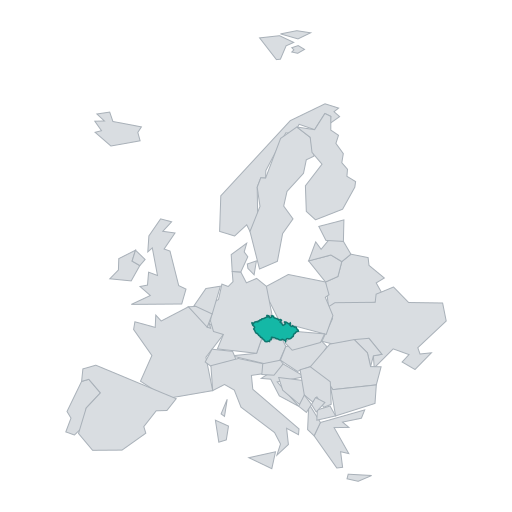 Czechia on a map of Europe (Albers equal-area conic projection)
{"feature_id": "CZE", "entity_name": "Czechia", "entity_type": "country or territory", "adm_level": 0, "iso_a3": "CZE", "parent_name": "Europe", "parent_adm1": "", "projection": "albers", "projection_center": [15.441, 49.807], "detail": "fine", "context": "in_parent", "style": "filled", "palette": "teal", "viewbox_px": 512, "rotation_deg": 0, "n_neighbors": 37, "source": "natural_earth", "source_scale": "50m", "svg_char_len": 10232}
<svg xmlns="http://www.w3.org/2000/svg" viewBox="0 0 512 512"><path d="M259.6,37.9L279.5,35.7L293.7,42.4L286.1,45.8L280.4,59.2L276.4,59.6L259.6,37.9ZM339.6,116.6L330.2,123.3L330.8,116.4L324.9,113.5L314.6,129.7L299.1,124.3L294.0,134.0L285.8,132.8L265.8,170.6L265.6,178.1L260.8,177.8L257.2,187.2L257.7,218.6L250.0,231.5L246.7,224.8L234.6,236.0L219.6,231.4L220.8,195.8L290.3,120.6L325.0,103.8L338.6,108.1L334.0,111.7L339.6,116.6ZM310.6,32.8L298.0,38.9L280.5,33.9L296.8,30.7L310.6,32.8ZM304.5,49.4L297.7,53.3L291.8,52.0L293.9,49.9L291.8,47.7L298.2,45.6L304.5,49.4Z" fill="#d9dde1" stroke="#a8b0b8" stroke-width="1"/><path d="M188.4,306.8L223.4,334.5L205.9,357.2L212.7,390.6L166.9,398.5L140.5,381.2L151.9,355.5L133.6,329.5L134.9,321.8L155.2,327.4L155.8,315.1L161.2,321.0L188.4,306.8ZM221.1,413.9L227.2,399.3L224.5,416.4L221.1,413.9Z" fill="#d9dde1" stroke="#a8b0b8" stroke-width="1"/><path d="M250.0,231.5L260.0,206.4L257.2,187.2L260.8,177.8L265.6,178.1L280.6,138.4L296.8,127.0L310.2,137.3L314.0,156.1L306.3,159.8L303.5,173.3L287.0,191.4L283.7,206.1L293.0,218.9L282.6,233.6L277.4,261.3L259.5,269.0L250.0,231.5Z" fill="#d9dde1" stroke="#a8b0b8" stroke-width="1"/><path d="M350.9,254.2L368.1,257.6L369.0,265.4L384.3,278.0L376.2,282.9L381.5,292.4L375.2,302.3L328.5,306.7L325.5,282.0L337.9,276.5L341.8,261.6L350.9,254.2Z" fill="#d9dde1" stroke="#a8b0b8" stroke-width="1"/><path d="M420.0,354.0L431.4,352.8L415.0,369.5L402.1,362.0L409.0,354.6L393.2,348.9L374.2,367.9L373.4,355.8L381.9,354.3L368.9,338.3L342.5,346.5L321.9,341.3L332.5,318.7L328.5,306.7L334.9,302.7L375.2,302.3L376.1,294.2L393.5,287.0L408.6,302.5L442.6,303.0L446.2,321.0L417.8,347.7L420.0,354.0Z" fill="#d9dde1" stroke="#a8b0b8" stroke-width="1"/><path d="M325.5,282.0L329.0,294.7L325.3,297.3L332.9,315.6L326.2,334.4L279.8,322.0L266.0,294.6L266.4,286.3L288.3,274.5L325.5,282.0Z" fill="#d9dde1" stroke="#a8b0b8" stroke-width="1"/><path d="M285.8,346.5L279.0,362.0L268.8,364.7L231.4,355.8L256.6,353.3L261.8,338.4L282.3,339.5L285.8,346.5Z" fill="#d9dde1" stroke="#a8b0b8" stroke-width="1"/><path d="M321.9,341.3L326.9,346.7L316.1,364.4L297.4,371.4L280.4,360.2L285.8,346.5L321.9,341.3Z" fill="#d9dde1" stroke="#a8b0b8" stroke-width="1"/><path d="M354.2,339.6L368.9,338.3L381.9,354.3L373.4,355.8L370.6,366.6L367.4,352.8L354.2,339.6Z" fill="#d9dde1" stroke="#a8b0b8" stroke-width="1"/><path d="M370.6,366.6L381.1,366.8L376.3,384.9L332.9,389.6L310.3,366.8L329.8,344.1L354.2,339.6L367.4,352.8L370.6,366.6Z" fill="#d9dde1" stroke="#a8b0b8" stroke-width="1"/><path d="M341.8,261.6L337.9,276.5L325.5,282.0L308.6,260.9L330.9,255.0L341.8,261.6Z" fill="#d9dde1" stroke="#a8b0b8" stroke-width="1"/><path d="M343.4,241.4L350.9,254.2L341.8,261.6L330.9,255.0L308.6,260.9L315.7,241.9L321.1,249.3L330.5,237.9L343.4,241.4Z" fill="#d9dde1" stroke="#a8b0b8" stroke-width="1"/><path d="M343.9,219.9L343.4,241.4L325.9,240.4L318.8,226.4L343.9,219.9Z" fill="#d9dde1" stroke="#a8b0b8" stroke-width="1"/><path d="M266.4,286.3L272.0,314.7L252.9,323.2L261.8,338.4L256.6,353.3L217.4,348.9L223.4,334.5L213.5,331.5L210.5,321.1L212.5,302.8L218.5,299.5L221.9,284.1L228.2,286.5L233.0,281.7L232.2,271.5L240.8,272.0L246.4,282.8L256.6,278.4L266.4,286.3Z" fill="#d9dde1" stroke="#a8b0b8" stroke-width="1"/><path d="M330.3,385.5L332.9,389.6L376.3,384.9L375.0,403.4L335.6,415.9L330.3,385.5Z" fill="#d9dde1" stroke="#a8b0b8" stroke-width="1"/><path d="M371.6,475.5L358.2,481.3L347.0,478.8L348.2,474.2L371.6,475.5ZM320.4,422.5L364.7,409.9L361.4,418.2L342.5,422.1L348.9,427.4L334.1,427.6L348.8,453.6L340.6,451.7L342.6,467.3L336.8,468.0L314.1,435.8L320.4,422.5Z" fill="#d9dde1" stroke="#a8b0b8" stroke-width="1"/><path d="M320.4,422.5L314.1,435.8L307.6,429.6L308.8,403.6L320.4,422.5Z" fill="#d9dde1" stroke="#a8b0b8" stroke-width="1"/><path d="M283.1,363.9L304.6,376.7L277.2,381.9L298.7,406.3L279.3,395.9L270.7,379.2L261.3,378.4L283.1,363.9Z" fill="#d9dde1" stroke="#a8b0b8" stroke-width="1"/><path d="M232.6,351.4L237.4,362.9L213.8,368.4L205.2,362.0L212.0,349.2L232.6,351.4Z" fill="#d9dde1" stroke="#a8b0b8" stroke-width="1"/><path d="M208.7,321.3L210.6,328.3L207.2,327.2L208.7,321.3Z" fill="#d9dde1" stroke="#a8b0b8" stroke-width="1"/><path d="M212.2,314.0L207.2,327.2L188.4,306.8L205.2,305.9L212.2,314.0Z" fill="#d9dde1" stroke="#a8b0b8" stroke-width="1"/><path d="M220.4,286.2L212.2,314.0L194.1,305.6L205.9,288.5L220.4,286.2Z" fill="#d9dde1" stroke="#a8b0b8" stroke-width="1"/><path d="M81.6,381.4L88.8,379.3L100.4,392.9L86.2,408.0L85.1,424.8L74.4,435.0L65.8,431.9L71.0,418.1L67.0,411.5L81.6,381.4Z" fill="#d9dde1" stroke="#a8b0b8" stroke-width="1"/><path d="M78.5,433.5L86.2,408.0L100.4,392.9L88.8,379.3L81.6,381.4L82.9,368.9L95.8,365.2L176.2,398.7L166.9,410.5L156.2,410.8L143.8,426.6L145.8,433.2L122.0,450.1L92.6,450.3L78.5,433.5Z" fill="#d9dde1" stroke="#a8b0b8" stroke-width="1"/><path d="M139.8,265.6L131.2,280.9L109.8,278.8L118.4,270.0L118.8,258.6L135.5,250.2L132.1,261.1L139.8,265.6Z" fill="#d9dde1" stroke="#a8b0b8" stroke-width="1"/><path d="M238.2,358.5L262.8,363.7L263.5,373.6L251.4,375.4L252.8,389.3L299.0,428.9L298.5,434.7L286.6,428.3L288.4,444.5L276.9,455.2L280.5,444.0L274.6,432.6L241.0,407.2L234.3,390.1L224.5,384.5L212.7,390.6L210.9,365.7L238.2,358.5ZM248.8,457.7L275.5,451.8L271.8,468.7L248.8,457.7ZM215.4,420.2L228.5,426.1L226.3,439.9L218.8,442.2L215.4,420.2Z" fill="#d9dde1" stroke="#a8b0b8" stroke-width="1"/><path d="M240.8,272.0L232.2,271.5L231.2,254.6L246.7,243.2L244.2,251.9L247.8,256.8L240.8,272.0ZM256.4,260.9L254.1,274.8L247.9,268.4L247.3,264.0L256.4,260.9Z" fill="#d9dde1" stroke="#a8b0b8" stroke-width="1"/><path d="M139.8,265.6L132.1,261.1L135.5,250.2L145.1,259.5L139.8,265.6ZM157.5,275.5L152.3,247.9L147.8,251.9L148.9,235.9L160.6,218.9L171.6,221.8L162.8,231.3L175.0,233.0L164.1,249.0L170.0,251.1L178.7,285.6L186.0,289.1L181.7,304.0L131.3,304.4L150.3,295.5L140.0,286.5L147.5,285.1L148.6,272.2L157.5,275.5Z" fill="#d9dde1" stroke="#a8b0b8" stroke-width="1"/><path d="M141.4,126.9L137.8,132.4L140.1,140.8L110.9,146.0L95.1,132.3L101.5,130.7L94.8,121.2L104.4,121.0L96.9,114.0L109.7,112.1L112.9,121.5L141.4,126.9Z" fill="#d9dde1" stroke="#a8b0b8" stroke-width="1"/><path d="M262.8,363.7L280.4,360.2L283.1,363.9L274.0,375.2L261.8,374.5L262.8,363.7Z" fill="#d9dde1" stroke="#a8b0b8" stroke-width="1"/><path d="M330.8,116.4L330.8,130.1L338.5,135.3L335.9,143.4L343.3,153.6L341.8,162.7L347.5,169.3L346.9,176.3L355.6,181.6L354.8,187.2L342.6,209.2L315.5,219.8L306.3,211.4L305.4,185.8L322.0,164.2L312.0,152.4L310.2,137.3L296.8,127.0L314.6,129.7L324.9,113.5L330.8,116.4Z" fill="#d9dde1" stroke="#a8b0b8" stroke-width="1"/><path d="M324.6,333.9L320.5,342.5L292.2,350.2L285.0,342.8L296.4,331.5L324.6,333.9Z" fill="#d9dde1" stroke="#a8b0b8" stroke-width="1"/><path d="M299.5,404.5L282.7,390.2L278.7,377.5L304.7,380.7L306.1,394.4L299.5,404.5Z" fill="#d9dde1" stroke="#a8b0b8" stroke-width="1"/><path d="M330.0,406.0L335.6,415.9L316.8,420.2L317.4,409.9L330.0,406.0Z" fill="#d9dde1" stroke="#a8b0b8" stroke-width="1"/><path d="M300.1,369.7L310.3,366.8L330.3,381.8L331.2,404.3L323.7,407.3L316.9,396.9L312.8,402.1L304.3,395.0L300.1,369.7Z" fill="#d9dde1" stroke="#a8b0b8" stroke-width="1"/><path d="M311.5,404.5L306.4,412.4L298.7,406.3L304.3,395.0L311.5,404.5Z" fill="#d9dde1" stroke="#a8b0b8" stroke-width="1"/><path d="M316.2,412.0L311.5,404.5L315.5,397.6L324.9,402.5L316.2,412.0Z" fill="#d9dde1" stroke="#a8b0b8" stroke-width="1"/><path d="M298.4,331.2L298.2,331.3L297.8,331.4L297.3,331.5L296.7,331.5L296.3,331.8L295.9,332.3L295.5,332.6L295.3,332.9L295.2,333.2L293.8,334.1L293.6,334.5L293.5,335.0L293.4,335.6L293.3,336.2L293.1,336.5L292.3,336.8L292.2,337.0L292.0,337.3L291.6,337.7L291.1,338.2L290.2,338.7L289.2,338.9L287.9,338.7L287.1,338.6L286.7,338.8L286.2,339.4L285.7,340.6L285.5,341.4L285.3,341.2L285.0,340.3L284.6,340.2L284.1,340.1L283.8,340.0L283.0,339.5L282.6,339.4L282.1,339.3L281.7,339.6L281.3,340.0L280.3,340.0L279.2,339.8L277.5,338.7L277.1,338.7L276.6,338.7L275.9,338.4L274.5,337.7L273.9,337.5L273.5,337.6L273.1,337.8L272.8,337.8L272.7,337.6L272.2,337.2L271.7,337.2L271.5,337.4L271.3,339.1L271.1,339.7L270.4,339.6L270.2,339.9L269.6,340.7L269.5,341.5L268.5,341.3L268.1,341.2L267.7,341.3L267.2,341.7L265.9,341.7L265.0,341.4L264.5,340.4L264.1,340.0L263.5,339.7L263.3,339.6L263.0,339.1L262.4,338.4L261.5,337.5L260.8,337.5L260.5,337.3L260.4,336.9L260.1,336.4L259.7,336.0L259.3,335.8L258.7,335.3L257.9,334.2L257.2,333.4L256.5,333.4L256.0,333.0L255.6,332.4L255.3,331.9L254.8,330.7L254.4,330.0L254.1,329.5L253.8,329.2L253.7,328.9L254.2,328.3L254.3,327.9L254.5,327.7L254.6,327.4L254.6,327.2L254.3,326.6L253.8,326.1L253.1,325.6L252.6,325.0L252.5,324.5L252.4,324.2L252.1,323.7L251.9,323.1L251.9,322.8L252.0,322.7L252.5,323.0L252.8,323.4L253.1,324.1L253.3,323.9L253.7,323.2L254.4,322.4L255.1,321.9L255.7,321.9L256.2,321.8L256.6,321.6L257.3,321.7L257.8,321.9L258.2,321.4L258.3,321.0L259.4,320.8L259.8,320.1L260.1,320.1L260.3,320.0L260.5,319.8L260.8,319.7L261.0,319.8L261.4,319.7L261.8,318.9L262.0,318.8L263.0,318.7L264.4,318.3L265.0,317.9L265.7,317.6L266.4,317.2L267.6,316.9L267.6,316.7L267.1,316.3L266.9,316.0L266.8,315.7L267.0,315.4L267.3,315.4L267.6,315.5L268.5,315.7L268.8,315.9L268.9,316.3L269.1,316.7L269.3,316.7L269.2,317.3L269.5,317.6L270.0,317.8L270.2,317.7L270.5,317.5L270.5,317.3L271.1,317.3L271.7,317.0L271.8,316.6L271.7,315.8L271.8,315.7L272.7,315.9L273.6,316.3L273.7,317.1L273.9,317.5L274.2,317.8L274.5,318.0L275.0,318.0L276.2,318.5L276.8,318.6L277.4,318.9L277.9,319.3L278.2,319.3L278.4,319.7L278.7,320.0L279.1,319.8L280.5,319.5L281.0,319.8L281.4,320.2L281.5,320.3L281.3,320.7L281.2,321.0L280.5,321.3L280.3,321.6L280.1,322.0L280.2,322.3L280.6,322.5L280.9,322.6L281.0,322.8L282.0,323.8L282.7,325.2L283.0,325.4L283.3,325.4L283.6,325.2L284.0,324.8L284.4,324.4L284.8,324.3L285.4,323.9L285.4,323.6L284.9,322.7L284.5,322.0L284.6,321.9L285.3,322.0L286.5,322.3L288.3,323.6L288.6,323.6L289.3,323.5L289.9,323.3L290.3,323.0L290.5,323.8L290.3,324.2L289.5,324.6L289.6,324.8L289.8,325.1L290.2,325.2L290.6,325.7L291.0,326.2L291.2,326.4L291.6,326.5L292.3,326.2L292.5,326.0L292.6,325.8L293.0,326.1L293.1,326.3L293.8,326.6L294.3,326.9L294.5,327.1L294.8,326.9L296.0,327.1L296.3,327.4L296.4,327.8L296.4,328.0L296.6,328.7L298.1,330.1L298.3,330.9L298.4,331.2Z" fill="#14b8a6" stroke="#0f766e" stroke-width="1.5"/></svg>